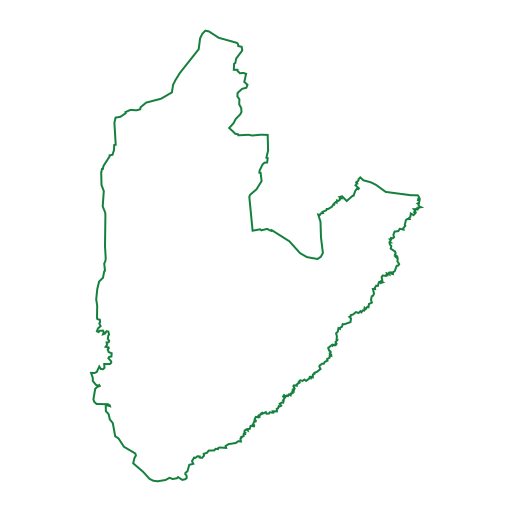 the district of Prakhon Chai, Buri Ram, Thailand
{"feature_id": "78962969B33368538988624", "entity_name": "Prakhon Chai", "entity_type": "district", "adm_level": 2, "iso_a3": "THA", "parent_name": "Thailand", "parent_adm1": "Buri Ram", "projection": "orthographic", "projection_center": [103.123, 14.625], "detail": "fine", "context": "isolated", "style": "outline", "palette": "green", "viewbox_px": 512, "rotation_deg": 0, "n_neighbors": 0, "source": "geoboundaries", "source_scale": "gbopen_adm2", "svg_char_len": 6068}
<svg xmlns="http://www.w3.org/2000/svg" viewBox="0 0 512 512"><path d="M368.9,304.0L371.9,302.6L371.0,299.9L371.7,296.3L373.1,295.6L374.0,293.6L372.9,289.0L375.1,289.1L374.8,287.8L376.2,285.7L377.9,285.9L378.9,282.2L379.9,281.8L380.7,283.0L382.9,282.3L381.0,281.1L382.3,280.2L381.6,277.1L382.7,275.5L386.0,275.9L386.3,275.0L387.2,275.2L386.8,273.4L389.1,274.4L388.6,273.3L389.2,272.5L391.3,272.4L391.2,273.6L392.9,274.1L392.9,272.3L394.7,271.2L396.7,265.8L398.3,265.5L399.2,264.1L397.4,261.4L397.7,258.5L396.0,257.1L397.3,257.0L397.1,256.3L394.8,254.9L395.6,253.4L395.1,251.6L390.7,248.6L391.3,246.0L389.9,244.5L389.5,242.6L390.6,242.5L389.8,241.9L390.7,240.2L389.9,239.3L391.1,239.1L391.1,238.0L392.7,238.3L394.0,237.3L393.4,234.8L394.6,231.6L398.3,231.1L399.8,228.8L403.6,229.6L403.3,228.1L405.3,225.9L404.8,224.8L405.9,220.1L407.4,219.0L409.7,219.0L409.2,217.9L410.3,216.9L410.8,213.5L413.5,215.1L415.1,213.5L414.4,212.5L415.4,212.3L414.7,211.3L415.4,210.8L413.9,209.2L416.6,209.0L417.2,208.1L417.8,209.2L419.1,207.5L420.9,207.2L419.3,206.5L418.5,204.9L418.9,203.7L417.8,203.4L419.1,202.5L419.6,199.9L418.0,200.1L418.3,198.7L419.4,198.2L418.5,196.2L417.7,195.3L410.5,195.2L385.7,191.9L375.9,184.8L370.8,182.3L363.4,180.3L360.3,177.4L358.6,179.1L358.3,180.8L356.6,181.9L357.1,183.1L356.4,183.0L356.7,183.9L355.5,185.3L358.9,188.4L358.1,189.2L356.9,188.8L355.3,190.8L353.5,195.8L352.6,195.8L346.7,201.0L342.1,196.3L339.6,197.0L341.1,198.4L339.8,198.5L339.9,199.7L338.4,200.9L337.0,200.4L336.7,202.5L336.0,201.9L334.6,202.9L334.2,204.6L333.4,204.3L332.1,206.6L328.2,209.0L326.7,209.0L326.3,210.3L322.5,211.9L323.0,213.1L320.7,213.5L319.8,215.1L318.2,214.6L320.5,221.7L321.0,237.6L322.9,253.0L320.8,256.8L317.5,259.0L306.9,257.1L300.0,253.1L289.4,241.3L272.6,230.7L271.8,230.9L271.5,230.1L270.4,230.6L267.1,228.9L261.3,230.3L260.1,229.3L252.6,230.7L249.3,196.8L250.1,194.8L256.5,189.3L261.6,181.1L260.6,172.8L259.4,172.7L259.6,170.5L262.6,164.4L264.5,162.7L267.1,162.5L267.7,158.1L266.4,157.7L268.1,150.6L267.7,135.8L267.7,134.9L261.0,134.7L252.2,135.5L248.5,134.8L238.3,135.3L237.9,134.2L235.5,133.9L229.2,128.0L233.6,123.1L235.7,119.0L240.2,114.4L241.5,111.9L241.2,108.1L239.2,104.3L239.4,99.3L237.4,96.4L237.6,92.9L242.2,88.8L246.3,87.8L247.5,84.8L244.3,81.9L246.1,73.8L243.1,72.9L240.0,73.3L237.6,71.0L237.5,69.8L233.8,69.8L234.1,63.8L235.3,63.0L236.2,58.5L242.2,50.6L241.7,46.8L238.3,46.1L238.1,44.3L237.0,42.9L218.7,37.8L208.9,31.4L205.3,30.7L202.4,33.7L200.1,38.3L198.7,49.2L180.0,72.8L175.5,80.0L173.1,84.8L171.9,92.4L161.1,98.7L146.2,102.6L140.6,107.2L140.2,109.3L136.4,110.3L130.5,109.9L125.4,112.1L125.6,113.3L120.4,116.8L115.6,117.6L114.4,122.7L115.7,144.7L114.2,145.0L114.0,150.0L112.5,154.8L109.6,155.3L109.6,156.4L103.4,166.1L102.9,168.9L102.0,168.9L101.2,172.7L101.5,185.0L103.8,191.1L102.7,206.4L105.2,212.6L105.4,215.7L105.0,246.2L105.7,257.9L105.5,260.7L104.2,263.7L105.0,270.7L104.2,271.4L103.0,277.7L99.1,281.6L97.3,288.9L96.2,299.3L97.2,305.8L97.0,317.9L97.4,319.1L99.8,319.7L100.1,322.0L99.3,323.5L100.6,326.1L98.0,328.4L96.9,331.3L98.6,332.1L99.5,330.8L103.0,330.6L103.7,332.0L103.0,334.3L105.1,333.5L106.5,331.2L108.3,331.6L109.1,334.6L108.3,335.5L107.8,338.9L109.2,340.9L108.6,342.3L106.6,342.4L107.1,344.7L105.6,346.8L108.5,347.3L108.8,348.4L107.7,349.3L108.6,352.0L111.7,353.3L111.4,356.5L109.2,356.9L108.4,358.2L111.2,361.4L111.2,362.8L109.8,364.1L104.2,364.0L104.5,367.8L103.1,369.2L100.8,369.0L99.3,366.5L96.7,372.0L94.5,373.0L91.1,372.9L92.8,378.0L92.8,381.0L95.9,384.8L98.4,385.8L99.2,385.1L99.7,386.0L97.1,387.0L95.2,388.9L93.4,399.4L94.3,401.9L96.6,404.0L108.0,404.2L109.8,405.4L110.0,406.2L107.4,405.3L105.7,406.1L105.9,411.2L108.6,414.1L109.8,419.4L112.8,423.1L115.2,436.3L118.5,438.4L124.0,446.8L135.3,453.5L135.9,455.6L134.5,457.9L133.2,463.3L143.3,472.0L149.5,478.8L153.2,480.7L157.5,481.3L165.5,480.0L169.6,477.8L172.5,479.0L176.9,478.3L178.0,477.1L182.3,479.9L185.3,479.2L186.7,477.9L186.5,475.4L185.3,474.3L185.5,472.7L187.4,471.4L189.3,464.8L193.3,463.8L192.0,461.1L194.1,457.6L195.1,458.0L197.7,456.2L199.7,456.5L199.6,457.5L202.0,457.9L204.0,455.7L203.7,453.8L207.0,452.8L208.7,450.6L214.3,450.4L215.6,448.8L218.0,449.1L218.2,448.1L219.6,447.5L226.1,447.9L225.6,446.0L228.6,444.1L235.8,443.0L238.3,441.2L240.9,441.5L240.4,438.8L241.5,437.8L241.1,437.1L243.5,436.2L243.7,434.3L244.7,434.2L244.2,433.5L245.3,432.8L244.4,432.0L244.7,430.5L246.3,429.5L247.7,430.4L247.4,429.1L249.7,428.9L250.6,425.9L252.3,425.4L252.4,426.1L254.0,426.3L254.2,425.3L253.1,424.2L254.3,421.2L255.6,421.5L255.9,420.8L254.6,419.3L255.8,416.9L257.5,417.2L258.2,416.1L258.7,417.3L259.5,417.1L259.4,415.3L261.7,414.0L261.1,413.6L262.2,412.7L263.5,413.4L265.8,412.1L266.5,413.7L268.9,413.6L269.8,412.3L273.3,412.7L273.9,412.0L273.3,411.3L276.9,411.4L276.8,408.8L278.0,408.4L278.7,406.2L279.5,406.6L281.2,405.7L279.7,403.8L281.9,402.5L283.2,402.7L283.7,400.5L283.1,400.2L285.0,397.6L283.1,396.6L284.0,395.1L285.1,396.0L286.7,396.1L287.1,395.4L288.0,396.0L289.0,394.4L289.9,394.9L290.4,394.1L290.8,394.8L291.2,393.5L292.5,393.2L292.3,392.0L293.4,391.9L293.0,391.0L293.7,391.2L294.0,389.9L293.3,389.2L294.6,388.5L293.4,386.2L293.8,385.4L296.8,385.7L296.6,384.5L299.5,382.7L298.7,382.0L300.2,380.3L302.5,380.9L304.5,379.6L306.2,380.9L309.4,378.4L309.8,376.8L311.0,376.8L311.3,377.8L311.9,376.9L312.8,377.3L312.9,374.5L314.5,373.8L314.4,372.8L316.9,371.9L320.5,369.0L319.3,366.5L319.7,365.4L322.3,363.7L323.8,363.7L324.8,361.8L327.5,360.7L327.1,359.1L329.6,357.6L329.7,355.6L331.3,355.9L331.2,354.6L330.3,354.5L329.7,353.3L330.7,352.2L330.4,351.3L329.1,350.6L328.2,347.9L332.1,344.8L332.6,345.7L333.3,344.9L335.1,345.4L335.7,345.0L335.1,344.3L336.5,343.7L335.6,342.0L337.4,339.9L336.6,339.4L336.9,336.3L336.1,333.3L337.8,331.6L338.5,328.1L339.9,328.8L339.9,327.9L342.0,326.7L342.7,324.1L344.2,324.3L350.5,322.1L351.0,318.5L349.4,316.9L350.6,316.4L350.8,315.1L353.1,314.5L355.9,312.1L358.6,313.0L360.4,311.2L361.4,312.3L362.6,310.5L364.1,310.6L364.6,307.9L365.7,309.1L367.3,306.9L368.5,307.2L368.9,304.0Z" fill="none" stroke="#15803d" stroke-width="2"/></svg>